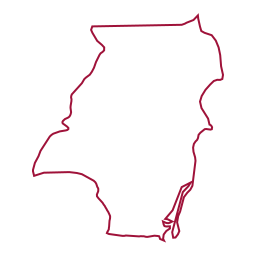 map outline of Stann Creek (Albers equal-area conic projection)
{"feature_id": "BLZ-1355", "entity_name": "Stann Creek", "entity_type": "District", "adm_level": 1, "iso_a3": "BLZ", "parent_name": "Belize", "parent_adm1": "", "projection": "albers", "projection_center": [-88.471, 16.817], "detail": "fine", "context": "isolated", "style": "outline", "palette": "rose", "viewbox_px": 256, "rotation_deg": 0, "n_neighbors": 0, "source": "natural_earth", "source_scale": "10m", "svg_char_len": 2066}
<svg xmlns="http://www.w3.org/2000/svg" viewBox="0 0 256 256"><path d="M197.9,15.4L198.2,18.5L200.0,26.6L201.3,31.0L204.5,32.8L211.7,35.2L215.8,40.6L218.6,47.4L220.2,55.1L221.1,66.3L223.0,74.9L222.3,79.0L220.1,79.9L217.2,79.8L213.8,81.0L210.2,84.5L205.5,89.8L201.7,96.0L200.0,101.6L201.5,108.1L208.1,118.6L209.5,124.6L210.0,124.7L211.2,125.6L212.1,127.2L211.8,129.2L210.5,129.6L206.1,129.0L204.7,129.2L200.4,132.7L198.6,134.8L198.0,138.0L197.2,139.8L195.5,141.5L193.9,143.9L193.1,147.6L193.5,151.8L195.1,157.3L195.5,160.8L192.4,185.8L190.3,189.7L187.3,192.7L183.9,197.2L180.1,211.6L178.2,216.0L177.1,222.3L179.3,231.1L177.9,234.4L175.5,237.5L173.2,237.7L172.2,232.2L182.8,192.1L188.5,186.1L190.7,182.5L181.7,187.1L172.6,210.3L165.3,218.9L167.5,219.2L172.2,221.5L169.9,222.7L168.2,223.2L166.1,222.9L163.0,221.5L163.7,224.6L164.5,226.1L166.3,226.5L169.9,226.3L169.9,228.5L166.3,231.0L163.7,234.5L163.1,238.8L164.0,240.6L160.1,239.0L159.2,236.3L157.8,236.0L154.4,235.7L147.4,236.9L145.9,236.8L144.0,236.3L140.5,236.2L139.1,236.4L125.8,235.5L124.8,235.8L122.7,235.9L109.0,234.0L106.9,233.1L107.5,231.6L108.1,230.7L108.8,229.3L108.9,227.8L109.1,226.7L109.5,220.8L110.0,218.7L110.1,217.4L110.1,216.1L109.4,214.4L108.1,211.7L107.2,210.4L106.4,208.8L105.5,207.4L104.8,206.0L103.7,204.6L102.6,202.8L98.5,198.3L97.0,196.3L96.9,194.5L98.2,191.3L98.3,189.8L98.2,188.4L97.3,186.9L96.3,183.9L95.4,182.3L93.7,180.7L81.9,174.2L76.9,173.0L69.3,172.1L43.9,172.7L34.1,175.8L33.0,171.3L33.0,169.9L34.9,162.9L38.5,156.2L40.5,150.9L49.8,136.5L51.5,134.9L53.3,133.7L59.8,131.4L65.8,130.4L67.2,130.0L68.3,129.2L68.4,128.0L67.1,126.6L62.7,123.4L62.4,122.1L63.0,120.9L64.9,119.1L68.1,117.6L69.3,116.7L70.1,115.5L70.7,114.0L71.1,112.2L70.5,107.8L70.6,106.0L71.4,101.2L71.5,99.1L71.1,97.7L71.2,96.1L71.8,94.4L81.9,83.2L84.3,79.1L85.9,77.6L89.8,74.7L91.9,71.7L94.0,67.7L96.0,62.0L99.5,54.9L100.6,53.3L102.5,52.0L104.1,50.4L104.2,47.4L101.9,44.9L97.2,40.9L92.4,32.8L91.1,29.9L92.3,26.4L181.7,24.8L184.8,23.7L186.6,22.7L193.5,20.0L197.9,15.4Z" fill="none" stroke="#9f1239" stroke-width="2"/></svg>